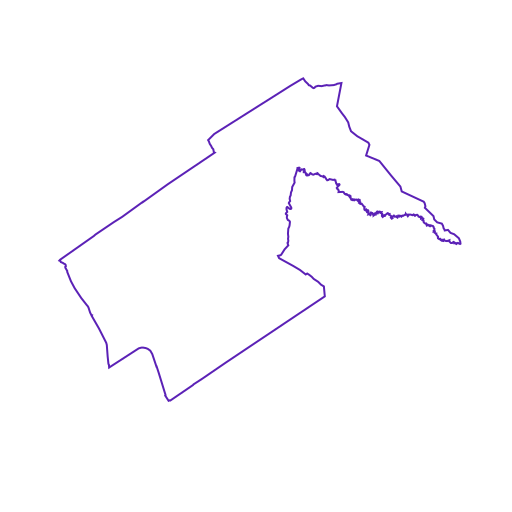 the district of Yerba Buena, Tucumán, Argentina, rotated 135°
{"feature_id": "61730980B10668196443859", "entity_name": "Yerba Buena", "entity_type": "district", "adm_level": 2, "iso_a3": "ARG", "parent_name": "Argentina", "parent_adm1": "Tucumán", "projection": "mercator", "projection_center": [-65.399, -26.771], "detail": "fine", "context": "isolated", "style": "outline", "palette": "violet", "viewbox_px": 512, "rotation_deg": 135, "n_neighbors": 0, "source": "geoboundaries", "source_scale": "gbopen_adm2", "svg_char_len": 6136}
<svg xmlns="http://www.w3.org/2000/svg" viewBox="0 0 512 512"><g transform="rotate(135 256 256)"><path d="M436.9,283.1L438.7,281.0L404.2,273.6L401.9,272.3L400.7,271.2L399.1,268.9L398.2,266.9L397.7,263.8L398.7,260.0L404.6,248.2L404.4,248.1L407.5,242.0L418.3,221.6L418.9,221.5L420.2,215.4L419.1,215.0L418.8,214.4L391.8,209.3L390.9,209.4L381.1,207.3L352.3,201.9L235.9,178.8L229.5,186.5L230.3,189.7L230.3,193.8L231.4,199.0L231.3,202.0L231.7,205.2L232.2,207.4L233.9,207.8L234.8,215.1L236.7,222.6L241.2,238.1L240.3,240.6L238.1,239.2L237.3,239.1L231.0,240.5L225.6,240.7L224.9,242.4L224.4,242.9L224.2,242.7L222.4,243.9L221.2,245.5L219.6,246.7L217.6,249.2L213.8,252.5L211.8,253.2L210.5,254.0L207.9,256.1L207.6,256.8L207.6,257.7L208.0,259.0L207.3,261.0L206.6,261.8L205.1,262.7L205.2,264.6L204.8,265.0L204.1,265.1L202.7,265.1L201.6,267.2L200.5,268.4L199.6,268.7L199.2,268.5L198.9,265.8L198.6,265.1L198.0,264.6L197.5,264.6L196.8,265.3L195.4,270.2L194.9,270.5L193.0,270.7L191.8,272.6L190.1,273.9L188.7,274.3L186.3,276.2L184.0,277.1L181.6,279.2L176.8,280.6L175.8,281.9L173.2,284.4L172.7,284.6L172.3,284.5L165.0,288.4L164.5,288.9L163.0,288.0L162.9,287.5L165.3,286.0L165.0,284.8L162.6,285.1L161.2,282.9L160.7,283.6L160.4,283.4L160.6,282.7L161.4,281.7L162.7,281.8L163.0,281.5L162.0,280.2L162.1,279.4L162.6,278.9L162.1,277.8L162.6,277.7L163.1,278.0L163.3,277.6L163.2,277.1L162.7,276.6L161.5,275.8L160.3,275.8L159.4,276.2L158.8,276.1L158.5,273.8L157.9,272.9L155.8,272.1L155.1,270.9L154.0,271.3L153.9,271.1L154.1,269.7L153.8,268.6L153.8,267.0L152.7,265.4L152.4,263.8L152.0,263.8L151.5,264.3L151.3,263.7L151.7,261.4L152.0,260.6L152.1,259.2L151.1,258.6L149.6,258.4L147.7,255.3L146.4,254.4L146.6,253.4L146.4,253.2L147.1,252.3L147.4,251.4L148.0,250.7L148.1,250.3L147.9,249.7L148.3,249.1L147.6,248.6L146.7,248.3L146.3,247.9L146.4,247.5L147.0,247.2L148.8,247.3L150.8,247.0L151.1,245.9L150.8,245.3L150.9,244.6L151.4,244.0L151.5,243.3L152.4,242.8L149.3,240.0L148.9,239.1L149.3,237.8L149.3,236.9L148.8,236.5L149.0,235.9L148.8,235.6L148.4,236.0L148.2,235.8L148.0,235.4L148.2,234.3L147.6,233.5L146.9,233.3L146.6,233.5L147.1,232.7L147.9,232.3L148.0,231.6L146.9,231.8L146.8,231.6L148.4,229.6L148.4,229.1L148.8,228.6L148.4,227.4L148.0,227.0L147.8,227.7L147.5,227.8L146.9,226.8L147.3,226.5L147.2,225.9L146.9,225.8L146.3,226.2L145.7,225.3L145.0,224.8L145.0,224.1L143.9,223.7L144.1,223.3L145.0,223.3L145.0,222.8L144.8,222.4L144.1,222.4L143.4,222.9L143.0,222.4L143.2,222.0L144.6,221.1L144.2,220.3L144.4,220.0L144.8,220.0L145.4,220.7L145.6,220.7L145.5,219.5L145.2,218.8L144.3,218.1L144.8,214.6L144.4,214.2L144.4,213.9L145.6,213.3L146.5,212.2L146.6,211.7L146.3,210.7L145.1,211.0L145.1,210.7L145.5,209.9L144.6,209.4L144.4,209.0L144.8,208.2L145.4,208.3L145.8,209.2L146.5,208.5L146.0,206.5L147.1,206.0L146.2,205.5L146.3,204.0L145.9,204.0L145.6,205.1L145.1,204.5L144.8,204.5L144.5,205.4L144.1,205.6L143.8,205.3L143.7,204.6L143.3,204.1L144.0,202.4L142.7,202.2L143.9,201.4L142.5,201.2L142.1,200.6L141.9,200.7L141.7,201.2L140.5,200.8L139.8,200.0L139.5,200.1L139.5,200.5L139.6,200.8L140.1,200.9L140.1,201.4L139.1,201.8L138.7,201.7L138.2,200.8L137.8,199.5L137.1,199.8L136.7,199.1L136.7,198.5L136.4,198.3L137.3,198.0L136.8,196.8L137.9,196.0L138.7,195.2L138.8,194.0L138.2,194.0L137.3,194.9L136.8,194.5L137.2,194.3L137.3,193.8L136.5,193.2L135.8,193.7L134.7,193.4L132.7,193.3L132.5,193.1L132.8,192.5L132.3,191.9L132.4,191.6L132.0,191.3L132.7,190.9L132.4,190.2L132.1,188.1L133.5,187.8L133.6,186.4L132.5,186.2L132.0,187.0L131.6,187.3L129.9,187.1L130.0,185.5L128.6,184.8L129.0,184.1L128.8,183.1L127.4,183.4L126.8,183.9L126.3,183.4L126.6,182.9L126.5,182.3L125.5,182.3L125.1,181.5L125.2,181.0L124.9,181.0L124.8,181.3L124.4,181.3L123.8,181.0L123.6,180.4L121.7,179.9L121.4,179.5L120.9,179.5L120.3,179.9L120.4,179.4L120.1,178.7L120.5,176.8L119.7,176.9L119.5,177.6L119.2,177.7L117.3,175.8L116.5,174.2L115.2,174.0L114.9,173.2L115.3,172.8L115.2,172.0L113.8,171.8L112.9,171.2L112.8,170.4L113.2,168.9L112.9,168.4L112.9,168.0L112.7,167.7L111.9,167.7L111.2,166.7L111.4,166.1L112.2,166.5L113.0,165.7L111.6,164.8L111.2,164.2L111.3,163.9L113.0,163.5L112.6,162.4L113.6,161.2L113.5,159.8L113.2,158.9L112.6,158.6L112.7,157.6L113.4,157.4L113.7,156.8L113.1,156.6L112.5,155.7L111.9,155.8L111.7,155.2L111.2,154.7L112.0,154.4L111.9,153.9L110.7,153.6L109.7,152.2L109.8,151.1L110.4,150.3L110.6,149.0L111.7,148.2L112.6,148.2L112.8,147.8L113.2,147.6L112.3,146.8L113.2,146.2L113.0,144.8L112.6,144.4L113.3,143.8L113.6,141.0L114.1,140.7L114.1,140.3L114.8,139.8L114.5,138.4L113.7,137.9L114.1,137.2L114.1,136.6L113.9,136.4L113.5,136.6L113.1,136.2L113.8,135.4L113.1,134.4L112.6,135.0L111.4,134.7L111.6,134.0L111.5,133.0L110.8,131.9L110.2,131.6L109.8,130.9L109.2,130.9L108.1,130.4L108.6,130.0L109.0,129.1L109.0,127.4L108.1,126.5L107.1,126.2L106.6,126.4L106.4,126.3L106.8,125.1L106.1,125.0L106.2,124.2L105.5,123.8L105.5,123.3L105.9,123.1L105.9,122.8L105.6,122.7L105.0,123.0L103.9,122.5L103.7,121.3L103.2,120.2L102.7,120.1L101.3,121.9L100.0,125.1L100.5,131.3L102.1,134.8L101.8,138.7L104.5,140.6L104.0,141.4L103.8,142.8L102.4,145.1L101.7,147.5L104.1,151.7L104.1,155.8L102.3,158.7L102.5,170.7L101.0,171.4L99.4,174.1L99.0,175.8L107.3,198.6L104.8,203.0L103.6,217.1L101.6,236.0L107.1,249.2L97.2,254.4L96.4,256.7L99.7,269.1L100.6,277.0L98.6,281.5L96.3,285.3L94.9,291.4L94.3,296.2L92.9,304.6L73.3,317.9L76.8,320.4L77.8,320.6L80.2,321.9L83.8,325.0L85.4,327.1L86.3,327.5L86.5,327.8L89.5,329.7L91.7,332.4L94.2,333.7L95.7,333.6L96.5,333.9L96.9,334.8L97.2,338.3L97.9,339.4L97.6,340.9L97.7,344.7L97.0,348.2L99.4,349.0L111.3,352.0L199.2,371.8L207.9,371.8L208.3,370.3L209.4,368.0L209.9,365.5L210.6,363.6L210.7,361.7L212.4,359.2L212.1,358.3L267.6,369.1L297.9,374.1L297.8,374.3L322.9,378.3L332.6,380.5L354.4,384.7L356.5,384.8L397.2,391.9L398.3,391.8L397.9,390.7L398.3,389.7L397.4,387.6L397.4,386.9L396.8,385.3L396.9,384.3L397.7,383.2L398.6,383.2L399.1,382.5L400.1,378.8L400.7,378.3L404.7,369.0L407.0,361.4L409.3,349.8L410.4,340.7L410.4,339.9L410.8,338.2L413.3,333.3L414.1,330.9L413.8,330.1L414.5,329.9L418.3,315.8L423.3,300.5L424.4,298.6L431.9,289.9L436.6,284.1L436.9,283.3L436.9,283.1Z" fill="none" stroke="#5b21b6" stroke-width="2"/></g></svg>